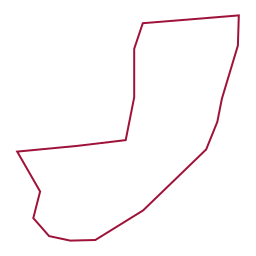 the border of Sheema
{"feature_id": "UGA-5623", "entity_name": "Sheema", "entity_type": "District", "adm_level": 1, "iso_a3": "UGA", "parent_name": "Uganda", "parent_adm1": "", "projection": "orthographic", "projection_center": [30.327, -0.601], "detail": "fine", "context": "isolated", "style": "outline", "palette": "rose", "viewbox_px": 256, "rotation_deg": 0, "n_neighbors": 0, "source": "natural_earth", "source_scale": "10m", "svg_char_len": 329}
<svg xmlns="http://www.w3.org/2000/svg" viewBox="0 0 256 256"><path d="M238.8,15.4L237.9,45.5L221.9,98.7L217.3,121.9L206.2,149.4L143.1,210.4L95.3,240.0L70.2,240.6L49.1,236.1L33.3,218.1L40.1,191.5L17.2,151.6L77.1,145.9L125.7,140.1L134.2,97.3L134.2,48.8L142.8,23.2L238.8,15.4Z" fill="none" stroke="#9f1239" stroke-width="2"/></svg>